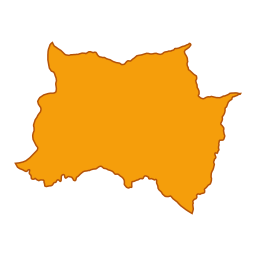 Dechhenling, Samdrup Jongkhar, Bhutan (Natural Earth projection)
{"feature_id": "84629894B76488101752434", "entity_name": "Dechhenling", "entity_type": "district", "adm_level": 2, "iso_a3": "BTN", "parent_name": "Bhutan", "parent_adm1": "Samdrup Jongkhar", "projection": "natural_earth1", "projection_center": [91.243, 26.904], "detail": "fine", "context": "isolated", "style": "filled", "palette": "amber", "viewbox_px": 256, "rotation_deg": 0, "n_neighbors": 0, "source": "geoboundaries", "source_scale": "gbopen_adm2", "svg_char_len": 5756}
<svg xmlns="http://www.w3.org/2000/svg" viewBox="0 0 256 256"><path d="M15.4,163.3L17.5,167.1L17.9,167.4L19.6,168.6L22.5,169.7L25.2,171.2L25.9,171.4L26.5,171.4L27.1,171.1L27.7,170.3L28.6,169.7L29.4,169.7L29.7,170.1L29.3,172.6L29.3,173.1L29.4,173.6L30.8,175.2L31.1,176.0L31.4,178.5L31.7,178.8L32.6,179.2L33.8,179.2L34.3,179.0L34.7,178.6L35.1,178.4L35.6,178.6L36.3,179.4L38.6,180.6L39.1,180.6L39.5,180.3L40.9,179.9L43.4,180.1L43.8,180.5L44.0,181.0L44.1,182.6L44.5,183.6L44.8,185.8L45.1,186.2L46.1,186.5L46.6,186.5L49.2,185.9L50.7,185.8L51.7,185.5L52.1,185.2L52.5,184.9L53.7,183.1L54.1,182.7L54.6,182.5L55.6,182.4L56.0,182.1L56.7,180.7L57.4,179.9L58.5,179.9L58.9,180.2L60.0,181.3L60.4,181.4L60.9,181.0L61.1,180.5L61.4,176.1L62.2,175.0L63.0,174.6L63.6,174.6L64.0,174.8L64.4,175.3L64.9,177.4L65.6,178.1L66.1,178.0L68.0,176.6L68.9,176.5L69.7,176.8L70.6,176.9L71.7,177.3L72.0,177.6L73.1,179.1L73.5,180.1L74.2,180.5L75.0,180.7L75.9,179.9L76.0,179.1L76.4,177.7L76.8,177.1L78.1,176.3L80.6,173.8L82.8,172.0L84.4,171.2L86.9,170.9L88.3,170.5L89.4,170.5L90.8,169.8L93.4,169.1L95.7,168.9L96.3,168.7L97.0,168.2L98.7,166.9L100.1,166.3L100.9,166.3L101.5,166.4L103.8,168.3L106.1,168.7L106.8,169.0L108.1,169.8L110.5,170.5L111.9,171.1L112.8,171.6L114.9,174.0L115.4,174.2L117.4,174.1L118.4,174.4L120.4,176.1L121.7,176.9L123.2,178.4L124.0,179.8L124.3,180.8L124.4,182.5L124.3,184.1L124.4,184.6L125.7,186.3L126.4,187.1L126.8,187.4L128.3,188.0L128.8,187.9L129.2,187.8L129.6,187.4L130.1,187.3L131.6,187.3L131.8,186.8L131.7,184.1L131.8,182.4L132.0,181.9L132.4,181.6L133.9,181.4L136.6,180.2L138.0,179.9L140.0,178.7L141.2,178.5L142.2,178.8L143.1,178.4L143.5,177.4L144.6,176.1L145.3,175.9L146.8,176.2L148.6,177.3L148.8,178.6L149.4,178.9L150.0,178.9L151.3,178.6L153.8,179.5L154.1,179.8L154.6,179.9L155.1,179.7L155.8,179.4L156.4,179.7L156.7,180.7L156.6,181.5L156.6,183.0L157.8,185.9L158.1,188.3L158.9,189.7L161.3,192.0L162.6,194.1L164.7,196.0L165.4,196.4L167.2,196.6L168.3,196.6L170.5,196.0L171.2,196.5L173.0,198.7L177.6,202.3L178.2,203.2L180.7,205.7L185.7,209.5L188.0,211.0L192.1,213.5L193.0,210.3L193.3,209.0L192.8,205.2L192.8,204.1L193.2,203.3L193.1,202.7L192.8,201.4L192.9,201.0L194.2,199.4L194.9,199.0L195.4,199.0L195.8,198.8L196.4,198.1L196.8,197.3L196.8,196.5L196.6,195.4L196.8,194.9L197.4,194.3L198.0,193.9L200.0,194.3L200.8,193.8L201.4,193.6L203.8,193.0L204.5,192.5L204.7,191.0L204.4,189.4L204.7,188.8L206.1,187.7L208.4,185.0L209.8,184.3L210.4,183.6L211.0,182.1L211.4,180.4L211.5,178.2L211.1,177.3L211.1,175.7L211.3,173.3L212.0,171.4L212.9,169.8L213.5,168.1L214.1,165.4L214.3,164.8L214.3,164.2L213.7,162.7L213.7,161.8L213.8,161.1L214.2,160.4L214.4,159.3L215.5,158.2L215.8,157.6L215.8,157.0L214.9,154.5L214.9,153.5L215.2,153.0L215.7,152.9L216.2,152.9L217.1,153.3L217.6,152.7L217.8,151.5L218.5,150.6L218.8,150.0L218.9,149.5L218.8,149.0L218.5,148.4L218.5,146.8L218.6,146.3L219.0,144.9L218.7,143.7L218.9,142.8L219.3,140.9L219.7,140.3L220.2,140.2L222.7,140.1L223.2,139.9L223.8,139.2L224.5,137.1L224.7,136.6L224.7,135.5L224.1,134.0L223.5,130.6L223.8,129.3L223.8,128.2L223.6,127.6L223.3,127.1L222.9,126.8L222.2,125.7L221.2,124.7L220.8,124.0L220.8,123.3L221.8,121.3L222.4,119.6L222.4,118.3L222.2,117.0L223.5,115.1L224.3,113.6L224.7,112.5L225.1,110.5L225.0,109.7L225.1,108.4L225.4,107.7L226.5,106.9L226.7,106.4L228.1,102.6L228.6,101.8L229.5,100.9L230.2,100.3L231.4,99.6L231.8,99.3L232.0,98.2L232.2,97.7L232.6,97.1L232.9,96.8L233.9,96.7L236.0,95.8L237.0,95.5L237.8,94.9L238.9,94.4L240.2,94.2L240.6,93.5L239.2,93.6L237.1,93.0L235.8,92.9L231.5,93.1L229.9,93.3L228.5,94.4L225.2,95.8L224.2,96.1L223.3,96.1L221.5,97.1L219.8,97.7L216.4,97.6L211.3,96.4L209.9,96.9L208.0,96.8L206.3,97.3L204.1,98.5L203.1,98.8L200.9,98.1L199.2,96.8L198.3,95.9L198.5,94.8L199.0,94.2L199.1,93.7L199.0,91.1L198.1,89.0L197.2,87.5L197.0,84.8L196.9,84.3L196.4,83.5L195.7,80.7L196.7,78.8L196.6,78.1L196.7,77.6L196.4,76.0L193.8,74.3L189.8,70.5L188.6,69.7L188.4,69.0L188.3,67.9L187.3,65.7L187.0,63.7L187.7,61.4L187.5,60.8L187.3,58.2L186.5,56.3L184.7,53.3L184.4,51.6L185.2,50.0L187.0,48.9L189.1,47.3L190.7,45.2L190.8,44.6L190.5,44.0L190.1,43.6L189.3,43.4L188.7,44.2L188.3,44.4L186.5,45.0L185.3,45.7L184.2,46.1L182.6,46.4L178.7,48.1L176.7,48.5L175.1,48.5L174.7,48.7L174.3,49.3L173.6,50.0L171.6,50.6L171.0,51.0L168.7,51.1L167.4,51.6L165.0,52.0L163.7,52.6L162.5,53.7L161.2,54.2L160.2,54.4L158.6,54.1L156.1,53.3L154.0,53.5L153.1,53.8L151.0,54.0L149.6,53.8L148.7,53.5L146.7,53.3L141.5,54.9L138.5,55.4L136.8,55.8L134.3,58.0L132.7,59.1L130.6,61.0L129.8,61.0L128.6,60.8L127.6,60.9L126.8,61.5L125.6,62.8L125.0,63.6L124.4,64.2L123.6,64.4L122.0,64.6L121.5,64.5L120.3,63.6L119.4,63.1L116.2,62.6L112.9,61.4L110.2,59.8L109.7,59.6L108.6,59.4L107.3,58.9L106.7,58.8L105.4,58.0L104.5,57.5L102.4,57.5L101.9,57.3L99.6,56.8L98.4,56.0L97.3,54.6L96.7,53.4L96.3,52.9L95.9,52.4L95.4,52.3L94.7,52.2L93.7,52.5L92.6,52.5L90.4,51.7L88.8,51.8L85.9,53.6L85.3,53.3L82.1,53.1L79.0,54.0L78.1,54.4L76.8,54.3L75.8,54.5L73.4,54.6L72.8,54.7L70.6,54.8L69.1,55.4L66.0,54.9L64.8,54.3L62.5,52.0L60.8,50.4L58.2,48.8L55.9,47.1L55.4,46.8L54.3,46.1L53.5,44.8L52.4,42.5L51.1,43.5L50.0,44.9L49.5,46.5L48.5,49.2L48.1,51.3L47.9,54.9L47.9,59.9L48.7,64.7L49.4,68.2L51.3,71.0L53.7,72.1L54.6,73.7L55.2,75.7L56.1,78.0L56.5,80.8L56.2,81.8L55.8,83.2L55.8,84.5L56.2,87.0L56.4,89.0L56.0,91.7L54.7,92.8L53.2,93.2L50.4,93.2L48.0,93.6L43.8,94.9L39.9,97.5L38.8,99.1L37.7,101.3L38.4,104.1L40.1,106.7L40.5,107.1L40.9,108.4L41.0,109.2L40.9,110.2L40.4,111.9L38.9,113.8L37.8,115.4L36.9,117.3L35.2,119.8L33.6,124.8L33.6,126.0L34.0,127.3L34.1,129.3L34.1,130.7L33.2,133.0L32.9,134.3L32.7,135.6L32.8,137.0L33.1,139.4L36.1,145.4L37.6,147.3L37.8,147.9L37.7,148.7L37.5,149.4L37.0,150.4L29.8,157.8L25.9,160.8L22.9,162.0L19.1,162.9L15.4,163.3Z" fill="#f59e0b" stroke="#b45309" stroke-width="1.5"/></svg>